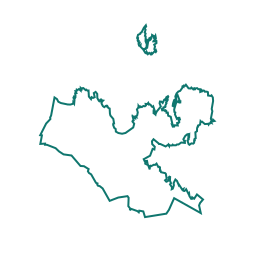 outline of Sola nor, Rogaland, Norway, rotated 79°
{"feature_id": "86288312B13640802673877", "entity_name": "Sola nor", "entity_type": "district", "adm_level": 2, "iso_a3": "NOR", "parent_name": "Norway", "parent_adm1": "Rogaland", "projection": "natural_earth1", "projection_center": [5.581, 58.887], "detail": "fine", "context": "isolated", "style": "outline", "palette": "teal", "viewbox_px": 256, "rotation_deg": 79, "n_neighbors": 0, "source": "geoboundaries", "source_scale": "gbopen_adm2", "svg_char_len": 5730}
<svg xmlns="http://www.w3.org/2000/svg" viewBox="0 0 256 256"><g transform="rotate(79 128 128)"><path d="M218.7,128.3L219.4,106.7L216.1,103.4L205.7,96.1L225.4,72.8L217.6,73.0L215.4,71.6L212.5,68.0L206.4,73.0L210.0,76.5L208.4,78.1L209.7,78.4L209.6,79.5L206.6,80.7L203.9,80.5L204.5,81.1L199.2,82.6L200.6,84.5L200.2,85.6L199.0,85.8L199.5,86.3L198.6,85.6L198.9,86.5L193.2,88.8L193.6,89.1L189.3,90.0L187.6,91.3L190.7,93.7L193.0,93.9L196.1,95.6L196.4,96.7L194.7,96.1L191.3,97.5L190.4,96.3L187.8,96.9L184.1,96.0L183.7,96.6L184.3,97.5L185.6,97.2L187.5,98.7L188.1,100.4L187.8,100.9L186.4,101.6L185.4,99.7L180.2,99.6L179.4,100.1L177.7,104.0L175.9,104.2L175.9,104.8L172.7,104.1L171.9,105.0L172.1,105.7L168.4,106.8L169.4,108.4L169.0,109.7L169.9,112.7L169.3,113.2L169.5,113.8L172.8,114.6L168.3,115.3L166.3,117.9L165.1,117.6L165.0,116.3L164.5,115.9L165.0,115.6L163.9,115.6L163.7,118.0L161.6,118.5L159.4,111.6L153.2,107.8L154.1,106.2L151.5,105.3L148.5,107.3L145.6,107.0L143.9,105.1L149.2,100.7L149.8,100.8L149.2,100.6L149.6,100.6L149.9,99.3L153.3,94.6L152.1,91.8L153.3,91.2L152.2,91.0L153.2,90.2L153.5,88.1L152.9,87.3L153.6,86.9L154.1,84.2L153.5,83.1L153.8,81.5L152.4,78.5L153.5,75.0L151.5,74.6L151.4,75.3L149.6,75.8L146.7,73.3L145.5,71.1L145.5,69.9L147.6,70.3L146.7,69.3L148.5,69.7L148.5,70.3L149.4,70.2L149.8,70.9L150.8,70.7L151.6,72.0L155.3,71.6L156.2,70.9L155.2,68.7L155.8,66.9L155.1,65.9L152.7,65.4L152.8,64.8L151.4,64.7L151.0,63.5L145.1,62.7L144.3,60.9L141.3,60.2L139.3,59.0L139.6,58.7L138.9,58.3L138.4,56.6L135.2,55.5L136.1,55.0L135.9,54.1L138.8,51.8L139.2,48.4L140.0,48.2L138.9,47.2L139.1,46.3L138.4,45.6L138.8,45.1L137.7,45.3L137.6,41.8L136.2,42.8L137.1,43.1L137.3,44.5L134.7,44.9L127.6,42.0L125.3,42.2L117.7,39.3L114.2,38.9L111.9,39.8L112.3,40.6L111.4,43.2L108.1,42.7L107.4,43.6L107.0,45.7L106.0,46.0L105.5,47.1L106.0,48.0L105.1,48.5L106.2,48.9L106.4,50.2L103.7,49.8L103.3,51.6L102.1,52.5L102.0,54.4L102.8,54.8L102.7,56.1L101.7,55.9L101.9,57.0L100.4,58.1L101.2,59.0L100.6,61.0L96.6,62.9L97.5,63.9L97.0,64.9L98.0,65.4L97.3,65.9L97.5,66.6L98.8,66.9L101.5,69.7L101.8,71.6L103.3,73.7L106.0,75.5L109.4,75.4L110.1,76.3L109.2,76.8L109.4,77.4L112.5,79.1L114.8,79.9L115.3,79.3L114.5,77.8L110.7,76.5L109.3,75.1L107.1,75.1L105.5,73.0L110.2,72.2L111.3,73.1L111.7,71.5L112.9,71.8L112.8,72.8L111.3,74.5L112.9,76.2L118.5,79.1L121.1,79.4L121.8,78.6L123.6,79.3L127.6,78.4L127.8,76.6L127.2,75.8L128.1,76.8L127.9,75.6L129.6,75.4L129.9,76.6L128.6,76.9L132.0,76.5L133.3,78.3L131.6,78.9L135.0,78.7L134.2,81.9L135.4,82.4L135.2,83.8L134.1,84.0L134.4,83.7L134.3,82.4L134.2,83.6L125.1,83.9L123.6,86.2L120.5,86.0L120.4,87.3L118.7,87.2L118.5,88.2L117.6,88.0L117.2,91.1L115.8,91.2L115.1,89.1L114.5,89.1L114.5,87.4L114.0,87.2L114.4,87.0L113.1,87.1L111.0,85.5L110.4,85.8L108.0,83.6L106.9,83.9L105.0,82.5L104.4,82.7L105.1,84.5L107.5,85.8L106.8,86.1L107.2,87.1L110.0,89.2L108.5,90.2L108.1,91.6L109.8,92.3L113.2,91.7L117.6,97.0L117.0,97.7L117.9,97.1L118.9,97.8L117.5,97.8L120.0,98.5L118.3,100.0L117.3,99.2L117.0,99.8L115.7,99.5L115.9,98.5L111.6,99.1L112.1,99.8L111.5,100.6L109.9,101.2L108.8,102.2L109.0,102.9L107.2,103.3L108.2,104.4L107.7,106.1L109.3,106.1L109.9,107.3L109.3,108.7L110.1,110.4L109.3,111.6L109.9,111.7L110.0,112.9L108.4,113.5L109.7,113.8L111.5,115.7L114.5,115.4L117.4,116.6L118.4,117.8L118.1,117.9L117.9,118.2L118.1,118.0L118.5,117.9L118.1,118.4L119.1,118.7L118.4,119.0L118.8,119.8L118.2,120.3L118.9,120.2L118.1,121.2L121.6,121.0L121.7,121.8L122.3,122.0L121.7,122.0L122.5,122.4L125.0,121.1L128.5,122.8L132.4,131.4L132.5,134.9L131.1,138.4L129.2,140.6L126.6,140.3L125.2,141.5L122.1,142.0L120.9,141.6L120.9,140.8L116.3,140.7L112.4,142.9L110.5,143.0L105.4,142.3L104.5,143.5L102.2,144.2L102.0,144.8L102.6,145.2L102.2,145.8L103.0,147.3L101.7,148.5L98.9,149.3L97.2,148.6L97.4,149.3L96.5,149.5L95.8,148.8L97.1,148.3L96.3,147.2L95.8,148.5L94.9,148.8L94.8,149.5L96.2,151.1L95.6,151.5L92.7,152.4L88.7,151.7L86.4,152.9L87.2,154.9L91.4,154.8L91.8,156.6L90.8,157.8L92.6,158.8L89.7,160.4L83.7,159.6L83.6,160.7L82.4,161.6L82.7,162.4L80.3,164.2L80.2,165.5L81.1,166.0L79.8,166.8L82.3,167.3L80.4,168.7L81.2,170.5L80.6,171.1L82.1,171.7L81.9,172.5L83.9,172.0L83.9,173.3L86.4,173.4L87.1,174.7L86.8,175.0L87.5,175.5L87.7,174.8L86.9,174.1L87.7,173.7L89.0,174.7L88.0,175.3L88.4,175.6L90.4,175.2L93.8,176.2L92.3,176.8L93.7,177.2L94.0,180.0L93.4,182.7L90.7,189.1L88.9,191.4L86.1,192.2L84.0,194.3L101.1,201.1L102.8,202.4L104.4,202.5L108.0,207.5L118.3,215.5L118.8,213.9L126.9,217.1L127.5,212.4L128.6,212.7L129.0,210.8L134.0,202.9L137.8,200.2L141.6,196.3L144.2,188.7L156.2,181.9L157.1,178.5L160.8,174.5L162.8,175.6L164.7,174.9L166.5,173.0L175.7,169.9L176.6,168.5L177.7,169.0L178.9,168.5L179.7,166.8L182.5,164.4L196.0,159.9L194.4,150.8L194.8,141.5L196.6,140.7L204.8,142.6L207.5,141.2L208.4,141.6L208.7,141.2L208.1,140.1L211.4,134.6L212.8,133.5L211.3,132.7L212.8,128.9L218.7,128.3ZM45.2,83.5L42.8,83.5L44.0,84.4L43.3,84.7L43.8,85.4L42.4,85.4L41.3,86.6L42.9,87.0L43.8,89.4L44.8,88.3L45.7,89.2L46.2,90.7L45.1,90.7L46.0,91.9L45.0,92.9L46.4,93.1L46.8,92.1L46.4,92.0L47.0,91.7L52.9,93.9L52.9,94.7L49.5,93.6L46.1,94.2L41.5,93.2L40.8,93.8L38.6,92.7L37.5,93.4L34.9,92.0L33.4,92.7L31.8,90.8L30.6,90.9L32.6,93.3L36.7,96.4L36.9,97.5L37.9,98.0L38.4,100.3L41.4,101.9L42.0,101.7L41.2,101.1L41.5,100.9L43.6,101.7L44.1,101.1L44.5,101.7L46.0,101.2L46.0,100.3L46.5,100.2L47.4,101.6L49.3,101.4L49.6,100.7L49.1,99.9L50.4,100.3L53.0,98.6L53.7,96.7L52.7,95.0L53.7,95.4L54.3,97.9L57.5,96.7L58.1,96.0L56.8,95.2L59.3,94.4L58.3,92.9L59.6,91.9L59.3,91.5L59.9,91.3L59.1,90.5L59.9,90.2L57.7,87.1L58.8,86.3L58.1,85.6L56.8,85.8L57.2,86.4L55.5,87.1L53.1,85.9L51.2,86.4L50.1,83.9L47.8,83.5L47.4,83.8L48.1,85.1L47.8,86.5L47.2,86.1L47.2,85.1L45.8,84.7L45.2,83.5Z" fill="none" stroke="#0f766e" stroke-width="2"/></g></svg>